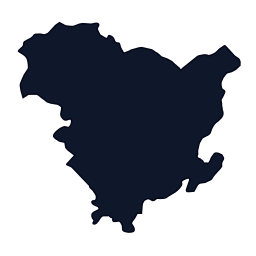 map outline of Zabul (Mercator projection), rotated 181°
{"feature_id": "AFG-1755", "entity_name": "Zabul", "entity_type": "Province", "adm_level": 1, "iso_a3": "AFG", "parent_name": "Afghanistan", "parent_adm1": "", "projection": "mercator", "projection_center": [67.11, 32.305], "detail": "fine", "context": "isolated", "style": "filled", "palette": "ink", "viewbox_px": 256, "rotation_deg": 181, "n_neighbors": 0, "source": "natural_earth", "source_scale": "10m", "svg_char_len": 5381}
<svg xmlns="http://www.w3.org/2000/svg" viewBox="0 0 256 256"><g transform="rotate(181 128 128)"><path d="M238.8,202.9L238.3,203.9L234.5,207.5L233.9,208.7L233.5,211.6L232.9,212.5L226.8,215.9L224.8,217.5L223.5,219.3L222.3,220.0L217.6,220.3L214.1,219.7L212.5,219.7L209.3,221.3L202.1,229.4L198.3,232.1L192.5,229.1L191.5,228.9L187.2,228.5L184.5,228.5L178.3,230.9L176.6,231.3L174.7,231.5L166.8,231.1L166.1,231.2L162.5,232.0L161.9,232.1L161.2,232.1L160.6,232.0L160.0,231.8L159.4,231.5L159.2,231.1L159.1,230.5L159.4,229.5L160.4,227.6L160.6,227.1L160.1,225.0L157.7,220.5L152.5,217.5L150.6,217.0L150.1,217.3L149.8,217.8L149.2,219.4L148.8,219.9L148.5,220.1L148.2,220.1L146.9,219.6L145.7,219.0L144.9,218.3L144.1,217.3L142.5,213.8L142.3,213.6L141.9,213.4L141.1,213.0L140.3,212.8L138.7,212.6L138.4,212.5L138.1,212.0L136.8,207.9L133.6,202.6L128.7,204.5L126.2,205.9L118.1,208.3L115.6,208.6L110.3,207.5L107.1,206.8L106.5,206.7L105.5,206.4L104.5,205.9L102.6,204.5L100.0,203.1L97.9,201.4L97.0,200.5L96.1,199.7L94.9,199.2L90.3,197.7L85.2,195.0L83.4,193.2L77.9,188.7L77.5,188.1L76.6,187.0L76.2,186.9L75.7,187.0L74.4,188.5L59.7,200.7L58.4,201.3L53.3,202.4L51.5,202.4L50.3,202.2L49.8,201.9L49.3,201.7L48.8,201.7L46.4,202.2L44.3,203.1L42.0,204.4L40.6,205.6L37.8,208.5L33.1,211.8L32.4,211.8L32.1,211.6L22.8,201.8L19.1,199.4L18.6,199.0L18.1,198.3L17.5,197.0L17.2,195.9L17.2,192.6L21.0,188.9L22.6,187.8L25.4,186.3L29.7,185.0L30.3,184.7L30.7,184.3L31.8,183.1L34.2,179.6L35.6,176.2L35.9,175.2L35.8,171.8L35.0,168.8L34.0,168.0L32.7,167.2L32.2,166.7L32.0,166.1L32.1,165.2L33.6,161.7L35.2,158.8L35.5,158.1L35.6,157.4L35.0,154.4L34.9,151.3L34.8,151.0L34.7,150.7L34.4,149.8L34.3,148.0L34.1,147.3L33.6,145.9L33.4,144.8L33.4,143.7L33.7,142.2L34.4,140.8L35.0,139.9L37.9,136.9L40.6,134.8L42.5,132.5L43.8,130.1L44.4,128.7L46.0,124.3L46.8,123.4L48.1,122.4L52.2,120.3L53.3,119.6L53.8,119.2L55.3,116.5L56.5,114.3L56.7,113.6L58.0,107.4L58.1,106.5L58.1,105.7L58.0,103.4L58.0,102.8L58.5,101.4L58.5,100.7L58.3,99.9L57.7,99.3L56.9,98.8L55.7,98.4L55.3,98.2L54.5,97.5L53.2,96.6L52.8,96.3L52.6,95.9L52.1,95.0L51.8,94.5L51.3,94.2L50.5,94.0L49.3,94.3L48.8,94.3L48.3,94.2L47.9,94.0L47.6,93.9L47.1,94.0L46.6,94.5L45.8,95.5L45.3,96.4L44.0,99.7L41.5,103.4L40.9,104.0L40.1,104.4L38.5,104.4L37.6,104.3L33.9,102.8L32.8,101.2L32.4,100.4L32.1,99.6L32.0,99.0L32.3,98.2L33.7,95.4L33.9,94.0L33.9,92.9L33.8,91.9L33.9,91.1L35.0,89.5L40.6,83.1L42.1,81.1L43.5,78.7L44.5,77.8L50.0,75.1L55.6,74.2L57.5,72.6L61.0,66.0L66.1,65.5L67.9,65.6L68.2,66.0L68.4,66.4L68.4,67.1L68.1,68.4L65.5,76.3L65.3,77.3L65.4,77.8L65.5,78.3L65.7,78.5L65.9,78.8L66.4,79.1L67.4,79.0L68.9,78.6L71.6,77.3L72.9,76.4L73.7,75.4L73.7,74.6L73.4,73.0L73.5,72.3L73.7,71.7L74.0,71.1L75.9,68.5L77.7,66.7L79.6,65.1L87.2,60.3L88.0,59.6L89.3,58.9L90.9,58.5L94.4,58.2L97.3,58.3L98.0,58.2L98.7,57.7L100.8,56.1L102.2,56.0L103.2,56.4L104.4,57.2L105.1,57.4L106.0,57.7L107.0,57.7L107.7,57.6L108.2,57.4L109.1,56.8L109.7,56.6L110.3,56.3L110.8,55.7L111.6,54.3L112.1,53.5L112.4,52.1L112.6,51.1L113.1,43.0L116.7,43.0L117.3,42.6L118.0,42.1L118.2,41.4L118.5,40.7L119.9,38.1L121.9,35.3L122.7,33.9L123.0,32.9L122.9,32.4L122.6,31.8L121.0,29.4L120.5,28.3L120.1,27.3L120.1,26.1L120.3,25.4L120.7,24.9L121.3,24.6L122.8,24.1L126.0,23.9L129.4,24.6L130.4,25.0L131.0,25.5L131.3,26.0L131.5,26.6L131.7,29.4L132.0,30.7L132.6,32.0L133.7,33.8L134.5,34.5L135.0,34.9L135.5,34.9L139.1,34.4L140.3,34.4L140.8,34.5L141.2,34.8L141.4,35.2L141.6,35.7L141.6,36.1L141.5,37.1L141.6,37.7L142.0,38.0L143.6,38.5L144.3,39.0L145.3,40.0L145.8,40.2L146.5,40.2L147.3,40.0L150.9,40.0L151.7,39.8L152.4,39.5L153.0,39.1L153.6,38.5L154.6,37.1L156.0,34.8L157.9,32.5L158.4,32.1L159.1,31.7L160.4,31.5L161.0,31.7L161.2,32.0L161.2,32.4L161.1,32.9L160.9,33.3L160.5,34.1L160.3,34.5L160.2,34.9L160.2,35.2L160.2,35.3L160.4,35.5L161.0,36.2L161.5,36.9L161.7,37.2L162.0,37.9L162.3,38.6L162.5,39.5L162.5,40.3L162.4,41.0L162.1,41.7L161.7,42.2L161.2,42.7L160.6,43.2L156.1,45.6L155.6,46.1L155.4,46.8L155.5,47.5L156.1,48.6L156.8,49.1L160.8,50.8L161.8,51.5L162.4,52.2L162.7,52.8L162.8,53.3L162.7,53.7L162.5,54.0L162.2,54.3L161.7,54.5L160.0,54.6L159.6,54.8L159.3,55.1L158.9,55.6L158.6,56.2L158.4,56.8L158.3,57.5L158.3,59.0L158.8,60.6L161.8,65.1L164.8,67.8L165.1,68.3L165.3,69.6L165.7,70.1L183.2,87.8L184.4,88.6L188.3,90.2L188.6,90.6L188.4,91.0L180.6,99.8L187.9,105.2L189.8,107.5L190.7,112.2L191.1,112.6L191.4,112.8L195.8,113.6L196.7,114.0L200.5,116.4L201.5,117.4L202.1,118.3L202.1,119.0L202.0,119.8L201.7,120.5L201.2,121.3L199.7,123.0L197.7,124.8L195.7,126.3L192.5,127.9L191.9,128.0L191.4,128.1L191.1,128.1L189.9,127.9L188.1,127.4L187.7,127.4L187.4,127.5L187.0,127.7L186.4,128.2L185.8,129.0L185.1,130.2L184.7,131.6L184.4,133.6L184.6,134.8L185.0,135.6L185.5,135.9L185.9,136.1L186.3,136.1L189.6,135.0L190.3,134.9L190.8,134.9L191.2,135.0L191.8,135.2L192.6,135.8L193.6,136.7L194.8,138.3L195.2,139.5L195.4,140.7L194.6,146.0L194.5,147.2L194.7,147.9L195.1,148.4L196.2,149.2L197.9,150.3L198.6,150.6L205.8,151.7L208.0,152.4L209.6,153.0L211.9,154.9L215.0,157.0L216.8,158.5L218.3,159.6L219.4,160.1L220.5,160.3L228.1,160.1L228.8,159.7L233.4,156.6L235.4,163.1L236.3,168.2L236.3,169.2L236.3,169.6L236.0,170.9L234.6,174.6L232.5,179.4L229.1,184.7L228.6,185.7L228.5,186.5L228.5,187.3L228.6,189.4L229.0,192.1L229.3,193.5L229.6,194.7L230.2,196.0L230.8,197.0L231.7,198.1L233.7,199.7L238.0,202.3L238.8,202.9L238.8,202.9Z" fill="#0f172a" stroke="#020617" stroke-width="1.5"/></g></svg>